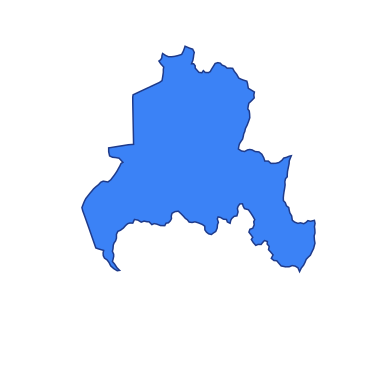 outline of Piraí, Rio de Janeiro, Brazil, rotated 323°
{"feature_id": "56859067B32133246810873", "entity_name": "Piraí", "entity_type": "district", "adm_level": 2, "iso_a3": "BRA", "parent_name": "Brazil", "parent_adm1": "Rio de Janeiro", "projection": "natural_earth1", "projection_center": [-43.898, -22.656], "detail": "fine", "context": "isolated", "style": "filled", "palette": "blue", "viewbox_px": 384, "rotation_deg": 323, "n_neighbors": 0, "source": "geoboundaries", "source_scale": "gbopen_adm2", "svg_char_len": 3801}
<svg xmlns="http://www.w3.org/2000/svg" viewBox="0 0 384 384"><g transform="rotate(323 192 192)"><path d="M203.5,78.9L201.9,80.4L199.2,84.0L174.0,118.8L169.7,116.0L152.0,106.6L149.7,109.7L147.9,113.6L149.4,116.4L151.8,118.6L154.1,121.1L154.7,126.7L152.5,126.5L150.1,127.8L147.8,128.8L144.7,130.2L142.8,130.9L139.8,131.9L137.6,132.5L134.4,133.4L130.9,133.4L127.6,129.9L125.0,129.3L121.8,129.9L118.2,130.0L115.2,130.3L113.2,130.8L110.1,131.5L106.3,132.5L103.3,133.3L100.8,134.5L98.7,135.7L94.7,138.2L93.4,141.3L91.7,146.9L87.9,159.0L81.5,178.8L83.0,181.1L86.3,185.5L84.3,187.2L82.8,189.5L82.3,192.1L83.3,195.1L83.3,198.3L82.6,202.2L83.4,206.1L84.9,209.9L87.0,211.0L86.5,207.3L86.8,202.8L86.6,199.6L88.7,198.0L90.7,196.3L92.0,194.5L92.7,191.5L94.7,189.8L97.2,187.0L99.1,185.8L101.6,185.0L103.9,183.4L106.2,180.3L109.1,178.8L111.9,179.5L115.5,179.5L118.9,178.8L121.6,178.6L123.6,179.3L126.0,181.2L129.5,179.3L131.9,181.9L133.3,185.5L136.2,186.4L138.1,188.6L139.8,190.0L140.3,193.9L142.7,194.4L144.5,196.4L146.7,199.9L150.0,202.5L152.5,201.3L154.6,202.4L157.3,202.0L159.6,200.9L160.9,198.8L163.2,197.0L166.5,197.4L169.5,199.1L170.2,202.9L170.6,206.1L170.8,209.1L171.6,211.4L171.6,214.3L173.7,216.4L176.4,217.6L178.4,220.3L180.7,224.1L181.6,227.0L179.5,230.0L179.4,232.7L180.1,235.4L181.9,237.6L184.5,237.6L187.2,237.8L190.5,235.9L192.7,233.4L194.8,232.1L196.0,228.7L197.9,227.6L199.5,229.6L200.7,232.6L203.0,234.7L202.2,237.2L203.6,239.9L205.8,238.0L207.8,237.1L211.0,236.8L213.5,238.1L216.8,235.6L218.3,232.5L220.1,231.2L223.0,230.3L225.2,231.8L224.3,234.2L223.9,236.9L226.4,240.1L226.3,244.2L226.0,248.0L225.5,251.8L223.4,252.9L221.9,255.7L218.7,257.5L215.8,256.6L213.3,258.3L213.3,261.7L213.3,264.7L210.8,265.6L210.5,269.3L210.8,273.0L213.2,273.6L215.6,275.5L218.3,274.8L220.7,274.4L222.4,276.9L220.7,278.8L220.9,281.9L218.4,284.1L218.7,287.1L218.9,291.0L215.4,292.7L216.2,296.0L218.3,297.9L218.5,301.6L218.7,304.7L221.6,308.0L224.8,310.3L227.7,311.0L229.8,313.3L231.0,316.3L230.0,320.3L233.5,318.5L237.0,317.6L239.9,316.2L242.7,314.5L245.7,314.0L248.5,313.7L251.5,312.1L255.1,310.3L257.6,308.3L259.4,306.9L260.9,304.0L263.1,300.6L265.5,298.8L267.5,295.9L268.9,293.4L271.4,291.1L272.7,288.3L269.0,286.7L267.3,284.6L264.9,284.9L262.2,284.6L260.1,281.9L257.7,280.8L255.8,277.7L255.1,274.9L257.2,271.1L257.6,267.5L258.7,265.0L259.9,262.6L259.1,259.9L260.1,256.6L259.8,253.9L261.5,251.5L263.4,249.4L265.4,247.4L268.3,244.7L270.6,242.4L272.4,239.6L274.8,237.6L277.2,237.2L278.5,235.5L280.7,233.0L284.0,230.1L286.5,227.9L288.4,225.7L290.6,224.3L293.1,222.8L291.1,221.9L288.3,221.2L285.7,220.1L282.9,220.8L279.2,220.8L276.0,219.4L272.2,216.6L271.6,213.3L268.8,211.1L269.9,207.8L270.5,203.9L269.6,200.3L266.8,197.7L265.3,194.5L263.7,192.8L261.7,191.8L258.4,191.3L256.2,189.0L254.9,185.6L257.3,183.3L259.1,182.0L261.7,181.0L264.2,180.2L266.2,178.6L268.3,176.7L270.6,175.4L272.8,173.5L276.4,171.7L279.9,169.5L282.8,167.5L285.0,164.3L286.5,161.7L286.5,159.3L288.3,157.5L290.8,155.3L293.0,155.1L295.3,154.8L298.3,154.3L299.8,151.7L302.0,149.7L300.7,146.3L299.4,143.1L300.5,140.9L301.6,138.8L302.5,136.5L300.5,133.7L299.1,131.5L297.9,129.1L298.5,124.9L298.4,121.0L298.9,117.7L297.0,116.0L294.6,114.3L294.0,111.4L292.4,108.8L292.1,106.1L290.4,104.2L287.8,103.3L284.4,104.6L281.3,105.8L279.1,106.8L277.1,106.6L274.5,104.5L274.1,101.9L271.6,102.7L269.5,100.6L269.3,97.4L269.1,95.0L270.5,93.1L270.5,90.6L268.8,89.3L272.0,87.3L274.4,85.1L275.9,83.5L277.8,81.9L278.5,78.3L276.6,75.6L275.4,73.5L274.2,71.4L272.2,72.8L269.7,74.4L266.5,75.9L262.9,74.6L259.7,73.2L257.1,71.7L254.6,69.8L253.1,67.1L251.9,63.7L250.1,65.0L248.6,66.7L246.5,67.5L244.4,67.5L244.2,70.8L244.6,75.2L242.9,76.8L241.1,79.2L238.6,81.7L236.8,83.4L235.1,85.0L231.9,84.9L227.7,84.0L203.5,78.9Z" fill="#3b82f6" stroke="#1e3a8a" stroke-width="1.5"/></g></svg>